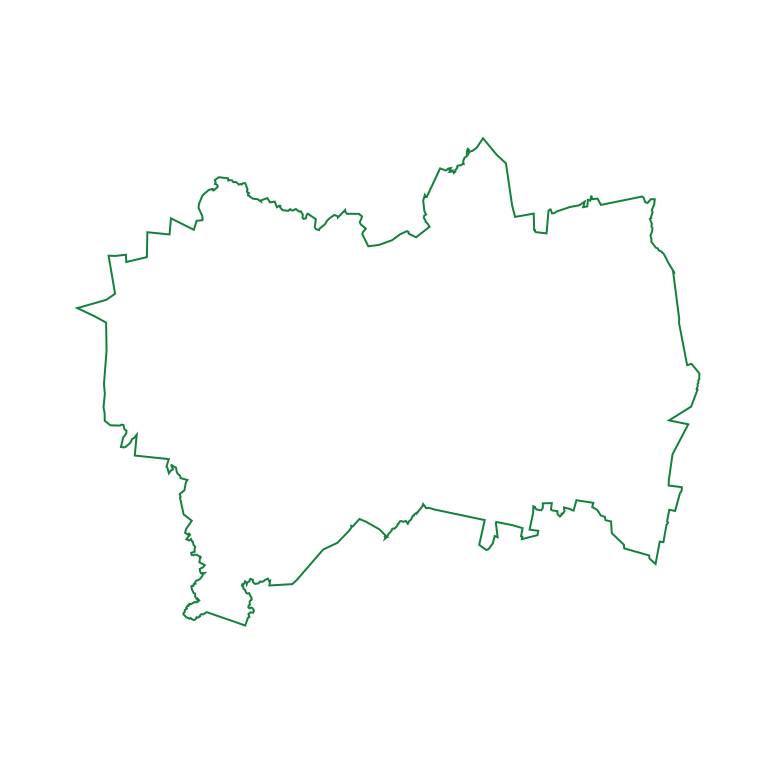 the district of Guanajuato, Guanajuato, Mexico, rotated 276°
{"feature_id": "50627088B24984367263380", "entity_name": "Guanajuato", "entity_type": "district", "adm_level": 2, "iso_a3": "MEX", "parent_name": "Mexico", "parent_adm1": "Guanajuato", "projection": "robinson", "projection_center": [-101.294, 21.026], "detail": "fine", "context": "isolated", "style": "outline", "palette": "green", "viewbox_px": 768, "rotation_deg": 276, "n_neighbors": 0, "source": "geoboundaries", "source_scale": "gbopen_adm2", "svg_char_len": 6102}
<svg xmlns="http://www.w3.org/2000/svg" viewBox="0 0 768 768"><g transform="rotate(276 384 384)"><path d="M196.0,209.9L193.9,210.5L193.7,212.3L194.4,213.1L194.6,215.8L193.0,218.6L193.2,219.3L192.4,219.9L191.6,219.2L187.3,219.1L185.2,224.7L182.8,223.2L180.9,220.1L178.5,220.6L176.7,221.7L177.3,225.3L175.3,223.4L174.4,223.5L171.2,221.6L169.5,219.8L168.8,217.8L166.5,216.8L165.7,217.4L165.1,215.7L163.2,215.6L163.2,214.0L162.5,213.5L159.6,214.5L156.3,216.5L155.8,218.1L153.0,218.3L150.2,220.6L151.1,221.0L149.4,222.9L147.9,221.5L147.2,220.0L147.4,218.5L144.9,215.1L145.0,213.5L144.2,213.7L143.0,212.8L143.4,212.2L141.2,210.8L140.0,211.4L138.4,209.5L136.1,209.6L135.6,208.7L134.1,208.5L131.4,211.7L130.2,215.0L131.1,216.1L129.7,218.0L129.5,220.0L130.5,221.3L132.5,222.0L132.2,223.5L133.7,225.3L134.1,225.0L135.6,225.9L136.1,226.7L135.9,228.1L138.6,231.5L129.3,271.2L137.2,273.1L138.2,274.4L141.1,273.2L142.8,274.9L143.0,277.9L145.2,278.3L147.4,276.6L147.8,275.1L146.8,273.8L147.6,272.5L149.5,272.6L150.4,273.7L153.1,273.1L154.8,273.7L155.5,274.9L157.0,274.8L161.9,271.6L161.3,270.0L162.0,268.7L164.9,267.2L165.5,265.7L167.7,265.2L168.7,263.7L170.2,264.1L170.0,265.3L173.3,266.5L172.2,267.8L170.6,268.4L172.2,268.7L173.9,271.0L175.4,270.9L176.3,271.6L175.6,274.0L173.1,274.5L171.7,276.8L172.6,280.0L174.7,281.4L174.4,282.5L175.1,284.9L176.6,285.9L178.3,288.9L176.2,290.3L176.6,291.3L171.6,291.1L175.4,313.7L179.9,317.7L213.0,340.8L221.2,354.3L234.3,364.5L238.2,366.7L239.4,366.3L239.1,367.9L247.2,373.7L245.2,380.3L239.0,394.6L232.6,402.5L232.9,400.0L231.9,401.5L230.2,401.1L232.1,403.0L235.2,404.1L239.1,407.0L240.2,406.9L241.3,408.3L241.2,409.5L244.1,411.9L246.3,412.3L246.8,413.2L249.1,414.2L249.5,415.3L249.0,417.8L250.1,420.1L247.5,422.3L250.3,423.4L252.0,425.1L255.9,426.4L256.2,427.4L257.5,427.8L259.7,430.3L259.2,430.4L266.4,435.0L268.7,435.5L264.9,439.0L265.5,441.8L264.4,447.8L259.2,498.4L234.0,495.5L229.6,503.2L230.8,505.3L236.9,508.9L244.4,510.0L243.5,513.0L258.0,509.7L258.5,510.2L257.0,526.8L255.1,536.9L246.9,536.2L246.6,537.5L244.1,537.3L249.7,552.4L254.1,552.8L254.4,544.0L271.6,545.8L278.0,545.3L277.4,547.1L276.1,547.6L275.1,549.1L274.8,553.6L277.3,554.9L281.9,554.4L283.1,563.3L276.5,563.2L275.9,564.5L275.6,569.8L272.8,570.1L270.6,572.8L272.8,574.6L273.6,574.2L274.4,575.9L276.6,576.8L280.0,575.9L279.0,582.9L278.4,583.3L277.9,585.8L288.5,587.5L287.7,604.6L283.4,603.9L281.0,609.4L276.0,613.2L274.9,617.6L271.7,618.5L271.0,624.2L259.5,626.1L249.2,639.4L245.6,640.1L241.2,665.6L238.1,666.3L233.4,672.9L256.1,674.7L255.9,678.4L273.6,679.7L275.8,681.0L276.8,680.0L279.2,680.0L288.7,680.9L288.2,686.8L306.0,689.7L309.1,691.2L312.5,691.0L312.8,677.7L318.1,677.3L344.2,678.3L375.7,690.8L377.6,671.3L393.6,691.8L411.0,696.4L411.5,695.4L414.9,696.3L416.6,695.8L418.0,696.6L420.3,696.2L421.7,697.0L427.5,696.5L436.2,687.7L434.4,683.5L475.3,671.1L479.6,670.8L525.5,659.9L525.2,660.9L525.6,660.8L533.1,654.9L542.3,648.9L544.6,646.2L545.6,643.4L547.5,642.0L548.0,640.1L553.4,635.0L556.2,634.8L559.3,633.5L563.7,634.7L567.2,634.7L568.7,633.4L571.2,633.7L576.0,631.2L577.0,632.4L578.0,632.1L583.2,633.2L584.8,632.1L590.8,633.9L596.0,634.0L595.7,630.1L591.6,627.2L592.1,624.8L596.4,622.7L597.4,621.1L584.8,581.0L590.7,577.0L589.6,571.7L593.1,570.5L587.9,569.9L588.4,567.6L581.9,567.6L580.7,563.6L586.4,564.6L582.1,559.4L579.5,550.5L573.7,537.9L571.7,535.3L571.2,533.3L575.0,531.5L575.0,530.9L573.5,529.5L550.8,529.9L550.9,519.2L551.5,518.2L552.8,518.1L552.9,517.2L569.1,515.1L563.9,496.9L574.8,492.8L616.2,482.2L623.4,472.5L638.7,456.8L628.7,451.5L625.2,447.7L623.9,444.7L622.9,444.3L625.9,443.9L626.6,442.7L623.5,442.1L619.4,442.6L617.1,440.2L614.0,439.5L611.2,440.2L611.5,439.3L609.7,438.1L609.1,434.8L608.2,434.0L606.9,434.4L604.0,432.6L602.0,432.9L602.6,432.6L601.1,431.5L602.3,430.8L602.5,429.5L603.5,429.8L603.1,428.7L601.9,428.0L601.8,427.3L602.3,427.7L603.4,426.8L605.7,427.9L605.0,425.5L602.8,423.1L604.3,417.3L574.3,406.9L574.2,405.9L576.1,404.9L570.6,403.8L560.4,406.0L557.0,408.1L555.6,406.4L553.3,406.2L551.3,408.0L549.6,408.4L548.5,410.2L545.1,412.9L533.3,400.6L536.1,392.8L537.7,392.6L538.4,390.8L534.3,384.0L527.9,377.1L521.8,364.5L519.3,354.0L530.9,346.7L532.5,347.0L536.7,349.7L540.2,344.3L542.3,343.0L547.9,344.7L549.2,343.9L549.3,342.9L550.6,341.5L549.4,329.2L551.3,327.5L553.0,327.2L544.9,320.8L545.9,320.6L546.9,316.9L543.7,313.1L540.6,310.4L536.7,308.6L531.8,303.7L530.3,303.4L530.9,300.0L532.8,298.7L540.8,299.0L545.4,290.3L544.1,289.4L540.6,289.0L539.8,286.8L541.1,285.5L543.8,285.6L547.1,283.2L546.5,281.6L548.8,278.1L547.0,275.1L547.1,273.5L548.0,272.7L547.7,271.8L546.2,270.8L546.3,264.8L548.9,262.2L550.3,262.3L550.3,261.3L548.6,259.0L554.0,256.3L552.7,251.7L556.7,248.5L553.7,242.4L552.5,242.7L554.6,238.9L554.6,234.4L556.2,231.2L557.3,230.2L557.1,229.3L558.7,228.8L559.8,229.7L560.9,227.5L563.3,227.9L569.2,225.0L568.9,222.7L567.5,221.6L567.9,220.7L567.2,218.8L569.4,215.7L569.0,213.0L570.6,211.6L570.7,209.1L570.1,207.9L572.2,207.4L572.4,198.2L569.1,194.4L566.8,195.6L565.3,195.0L564.6,197.1L563.1,198.1L562.5,197.9L558.6,194.3L558.8,193.6L560.1,193.3L558.8,189.5L552.4,183.7L543.9,181.2L539.9,181.1L532.1,185.7L528.5,186.4L527.9,186.2L526.7,180.6L517.5,178.7L526.5,154.8L510.3,155.1L510.2,132.8L485.4,134.9L478.4,114.9L485.6,113.8L483.3,103.6L482.8,96.7L445.7,107.1L438.8,99.2L427.4,71.0L421.0,89.4L416.0,101.2L388.0,104.6L354.8,105.5L345.0,107.4L331.3,107.5L325.9,109.2L318.2,110.1L314.3,116.3L315.1,125.9L316.1,127.0L316.0,129.2L312.3,130.3L310.6,132.8L307.9,132.8L303.4,130.2L293.8,129.0L293.8,132.2L294.3,133.4L299.1,138.0L303.1,139.2L304.0,140.9L307.8,143.4L286.8,143.6L286.8,177.8L279.0,176.3L278.3,177.2L272.7,179.4L275.8,181.1L277.0,183.1L281.6,180.6L280.3,182.6L279.2,185.8L274.9,187.1L273.3,188.1L271.5,190.8L269.1,191.6L268.0,198.5L265.2,197.2L257.4,196.6L253.2,192.3L250.3,193.5L249.6,193.0L233.3,198.4L228.0,207.1L219.2,202.4L215.2,201.7L213.7,204.7L214.8,205.5L213.8,206.9L209.0,203.7L208.0,206.7L209.6,208.3L207.3,209.6L207.2,210.4L204.2,211.3L202.1,213.4L200.2,212.8L197.4,213.3L196.0,209.9Z" fill="none" stroke="#15803d" stroke-width="2"/></g></svg>